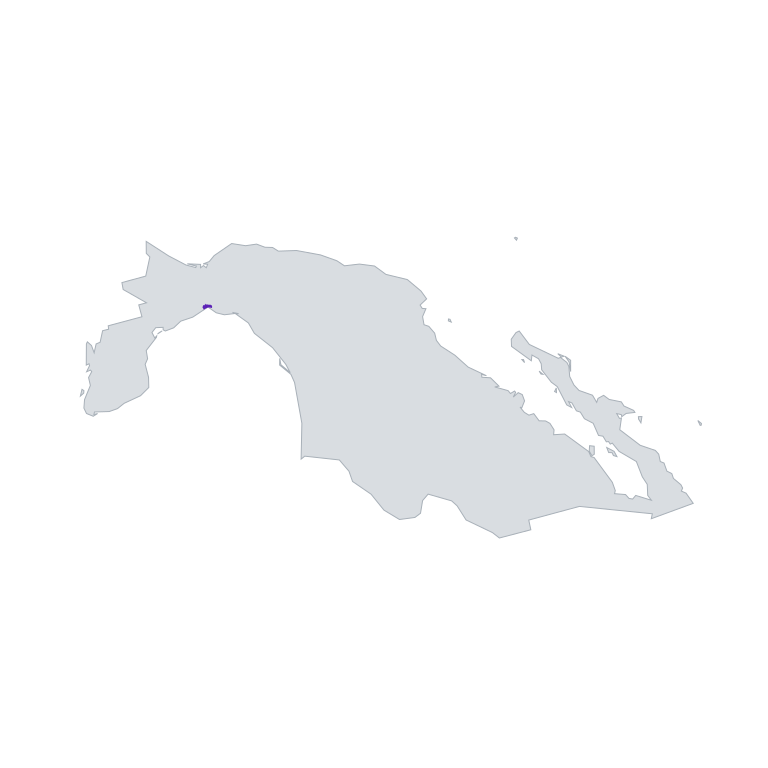 Coatzacoalcos, Veracruz, Mexico shown in context, rotated 165°
{"feature_id": "50627088B21782109949998", "entity_name": "Coatzacoalcos", "entity_type": "district", "adm_level": 2, "iso_a3": "MEX", "parent_name": "Mexico", "parent_adm1": "Veracruz", "projection": "robinson", "projection_center": [-94.427, 18.137], "detail": "fine", "context": "in_parent", "style": "filled", "palette": "violet", "viewbox_px": 768, "rotation_deg": 165, "n_neighbors": 0, "source": "geoboundaries", "source_scale": "gbopen_adm2", "svg_char_len": 5293}
<svg xmlns="http://www.w3.org/2000/svg" viewBox="0 0 768 768"><g transform="rotate(165 384 384)"><path d="M116.2,188.7L160.7,184.7L158.4,189.2L227.0,215.2L279.4,215.1L279.9,205.2L312.4,205.4L317.7,212.4L339.9,231.4L344.9,247.4L348.9,253.6L369.9,266.2L376.9,261.4L382.2,249.7L388.7,247.1L404.1,249.1L416.7,262.2L425.0,280.9L439.6,298.0L440.4,308.8L446.8,322.2L479.2,334.8L483.5,332.9L473.5,367.3L470.0,408.6L471.4,417.4L479.9,429.3L478.1,435.7L478.6,429.3L471.6,419.2L473.8,428.5L482.2,447.9L496.1,466.5L499.2,478.1L508.9,489.9L506.2,489.6L511.8,492.4L510.0,490.7L520.3,492.2L527.6,496.2L534.1,503.9L551.4,498.1L564.1,497.3L572.6,492.7L581.5,491.8L583.3,493.5L582.7,495.9L589.9,497.5L594.8,493.8L593.5,487.8L591.1,489.3L591.7,488.0L605.0,477.9L605.8,469.6L609.6,464.8L609.7,451.4L612.1,441.5L622.2,435.7L640.0,432.6L647.8,429.2L656.5,428.5L670.9,431.9L672.1,429.7L668.3,429.6L673.2,428.1L679.0,432.5L680.1,438.4L677.3,446.4L668.0,458.6L667.7,466.7L663.1,471.6L663.9,473.4L668.1,472.8L663.7,477.9L663.7,479.9L666.7,479.3L661.1,499.7L659.6,501.5L656.6,496.9L655.9,489.2L651.7,497.2L647.4,497.8L642.0,508.3L635.8,508.2L635.3,511.6L600.4,511.6L600.4,523.9L592.4,523.9L611.5,542.8L610.9,549.8L586.2,549.9L577.3,567.3L579.8,571.7L576.8,583.3L558.9,563.5L544.5,550.2L535.7,545.2L534.7,546.5L542.9,551.0L530.2,547.0L531.1,543.8L527.7,545.1L525.6,542.3L523.3,545.3L527.6,546.8L521.1,547.5L514.8,552.0L494.8,559.1L481.9,553.4L470.9,552.1L463.6,546.9L456.3,544.7L451.7,539.7L434.0,535.6L411.9,525.1L397.6,515.2L391.6,508.4L376.7,506.2L362.6,500.4L353.8,489.4L334.4,478.8L324.2,464.2L320.8,455.2L328.7,450.9L327.5,447.1L324.0,445.9L329.3,439.1L330.0,430.9L325.8,428.1L321.9,420.0L322.1,412.6L319.4,406.0L308.1,393.5L298.3,378.5L282.9,365.5L287.3,368.0L287.7,365.2L279.5,362.4L273.5,352.2L277.8,352.5L265.9,345.5L264.3,342.1L259.7,343.4L259.0,341.8L262.5,337.9L256.6,340.9L253.2,338.0L252.6,331.3L257.1,325.3L258.6,326.5L255.8,320.3L252.1,316.4L247.0,316.6L243.7,308.3L237.5,306.5L233.9,303.0L231.6,295.7L233.3,291.1L222.4,288.9L203.8,265.8L202.9,260.3L200.1,258.6L188.9,230.0L188.2,221.2L189.7,218.4L179.3,214.7L177.0,210.1L173.6,208.5L169.7,211.2L155.8,202.5L158.1,208.1L155.7,218.9L158.5,227.5L160.3,243.8L174.4,258.1L178.8,267.8L181.0,267.4L182.0,270.3L184.2,270.6L186.0,276.9L190.1,278.8L192.1,291.9L199.4,298.6L201.6,306.0L205.1,308.3L207.4,317.1L210.3,319.3L208.8,312.7L212.9,316.5L217.3,336.6L221.9,342.4L228.0,356.9L226.9,362.9L228.2,368.4L233.6,373.7L235.7,368.3L251.1,387.3L249.5,394.3L243.2,399.5L239.7,400.2L233.4,384.6L209.0,363.7L206.7,364.0L201.8,357.5L200.9,353.0L202.7,343.2L200.8,333.9L197.3,327.3L185.5,319.2L183.3,311.2L181.0,314.7L174.8,316.2L170.5,310.8L159.4,305.3L157.9,300.6L149.7,293.9L149.0,291.6L157.7,292.9L162.8,290.9L162.7,293.0L166.9,295.2L165.5,289.9L163.5,289.6L168.1,278.8L152.4,258.5L139.1,249.6L136.8,245.1L137.2,237.6L134.0,235.2L133.3,226.6L129.2,223.0L128.9,217.9L123.3,209.9L122.5,206.2L124.5,203.6L120.5,200.4L116.2,188.7ZM203.1,266.1L201.4,271.2L197.1,269.5L199.1,261.7L201.7,260.9L203.1,266.1ZM185.3,265.0L179.2,259.4L177.8,253.6L180.9,255.5L181.5,258.7L184.7,259.6L185.3,265.0ZM677.1,457.0L675.6,455.3L676.4,452.9L680.4,450.9L677.1,457.0ZM201.9,363.9L197.6,358.6L200.5,347.7L199.5,357.4L201.9,363.9ZM146.7,286.6L143.3,285.8L145.9,280.0L147.2,284.3L146.7,286.6ZM90.3,267.5L87.6,263.7L88.3,262.1L89.3,262.2L90.3,267.5ZM205.7,364.1L208.3,368.3L202.8,364.2L205.7,364.1ZM305.5,428.3L304.9,430.1L303.5,429.4L303.0,426.4L305.5,428.3ZM229.8,353.0L230.8,356.3L227.9,352.2L229.8,353.0ZM219.6,331.1L221.2,332.6L218.6,335.6L219.6,331.1ZM220.2,491.3L219.0,491.7L217.4,490.4L218.8,488.6L220.2,491.3ZM587.6,491.9L584.5,492.7L589.8,490.9L587.6,491.9ZM244.5,371.9L242.9,371.5L242.7,368.3L244.5,371.9Z" fill="#d9dde1" stroke="#a8b0b8" stroke-width="1"/><path d="M531.4,503.3L531.3,503.2L531.2,503.2L531.1,502.9L530.9,502.9L530.7,503.5L530.7,503.8L530.8,503.9L530.7,503.9L530.7,504.0L530.8,504.0L531.0,504.1L531.3,504.1L531.4,504.3L531.4,504.5L531.5,504.8L531.8,504.8L532.0,504.7L532.0,504.8L532.0,504.7L532.3,504.5L532.5,504.5L532.6,504.4L532.6,504.5L532.8,504.6L533.0,504.7L533.0,504.8L533.0,505.0L532.9,505.1L532.9,505.3L533.0,505.3L533.3,505.2L533.5,505.2L533.8,505.1L534.0,505.3L534.0,505.2L534.3,505.3L534.4,505.2L534.5,505.1L534.5,505.3L534.5,505.5L534.8,505.4L534.9,505.5L535.0,505.5L535.3,505.7L535.2,505.8L535.3,505.8L535.5,505.9L535.7,505.7L535.8,505.7L535.7,505.8L535.8,505.8L535.8,505.7L535.9,505.8L536.0,505.9L536.0,506.0L536.1,505.9L536.1,506.0L536.3,506.2L536.5,506.0L536.6,505.9L536.7,505.7L536.8,505.7L536.9,505.4L537.0,505.4L537.1,505.5L537.3,505.7L537.3,505.8L537.6,505.9L537.8,505.9L537.9,506.0L538.1,505.8L538.3,505.6L538.2,504.9L538.3,504.9L538.3,504.7L538.6,504.6L538.5,504.4L538.5,504.2L538.4,504.0L538.3,503.9L538.4,503.7L538.3,503.8L538.3,503.7L538.2,503.6L538.3,503.5L538.3,503.4L538.2,503.4L538.1,503.5L537.9,503.5L537.7,503.5L537.4,503.6L537.2,503.7L536.9,503.8L536.6,503.8L536.3,503.9L536.2,503.9L535.8,504.0L535.7,504.0L535.4,504.0L535.1,504.0L535.0,503.9L535.1,504.0L534.9,504.1L534.9,503.9L534.9,504.1L534.7,504.1L534.4,504.2L534.2,504.2L533.9,504.2L533.5,504.2L533.4,504.2L533.2,504.2L532.8,504.1L532.7,504.1L532.4,503.9L532.2,503.9L532.0,503.7L531.8,503.6L531.7,503.5L531.4,503.3Z" fill="#8b5cf6" stroke="#5b21b6" stroke-width="1.5"/></g></svg>